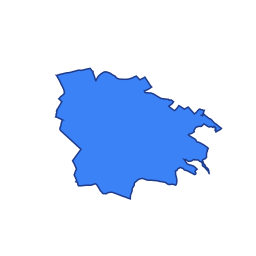 Coseiu, Salaj, Romania (Robinson projection), rotated 233°
{"feature_id": "2599482B83775863976208", "entity_name": "Coseiu", "entity_type": "district", "adm_level": 2, "iso_a3": "ROU", "parent_name": "Romania", "parent_adm1": "Salaj", "projection": "robinson", "projection_center": [23.002, 47.332], "detail": "fine", "context": "isolated", "style": "filled", "palette": "blue", "viewbox_px": 256, "rotation_deg": 233, "n_neighbors": 0, "source": "geoboundaries", "source_scale": "gbopen_adm2", "svg_char_len": 5669}
<svg xmlns="http://www.w3.org/2000/svg" viewBox="0 0 256 256"><g transform="rotate(233 128 128)"><path d="M198.4,133.7L198.6,133.2L199.1,132.2L200.3,129.6L201.4,126.8L202.2,125.4L202.5,125.0L204.1,123.2L204.4,122.1L205.2,120.3L205.9,118.4L206.3,117.7L206.5,116.9L207.7,114.2L208.9,112.4L211.9,105.6L212.9,102.6L213.0,102.5L211.8,102.5L211.0,102.3L207.4,101.9L206.9,101.7L205.6,101.6L203.6,101.0L201.2,100.7L197.6,99.9L196.9,99.7L194.5,98.5L193.9,97.7L193.8,97.3L193.5,95.3L193.6,93.4L193.5,92.6L193.1,91.8L193.0,90.9L193.0,90.3L189.4,90.9L188.8,91.0L188.7,90.3L187.7,88.5L186.7,85.9L186.2,84.5L185.3,83.0L185.5,82.8L185.0,82.2L185.1,81.9L184.4,81.5L184.4,81.3L184.5,81.1L184.3,80.9L183.0,80.2L182.5,79.4L182.4,78.9L181.8,78.7L181.5,78.4L180.5,77.3L180.5,77.2L180.4,76.9L179.7,77.6L179.0,77.9L173.8,80.6L173.9,80.4L173.8,80.1L172.2,77.8L170.4,76.0L169.9,75.1L169.6,74.9L169.5,74.4L168.3,73.0L166.6,72.6L149.0,75.9L139.6,77.6L139.3,77.6L135.2,64.0L132.2,63.6L126.2,62.2L125.1,60.0L123.4,57.6L123.2,57.1L123.1,56.9L122.9,56.8L117.1,55.5L116.9,55.2L116.5,54.0L115.2,54.9L114.5,54.7L113.4,54.1L111.7,53.6L109.8,56.2L107.5,60.1L106.9,61.0L106.6,61.2L104.4,64.4L103.3,67.9L102.8,68.6L102.4,68.7L101.5,68.9L98.6,68.7L94.6,68.2L92.4,68.5L91.2,68.4L90.8,68.6L90.2,69.0L90.0,69.4L88.7,70.9L88.5,71.4L88.6,72.8L86.7,76.2L86.3,76.6L83.2,78.7L75.6,83.4L75.2,83.9L72.0,85.8L70.0,87.2L72.1,88.9L73.1,89.9L74.5,92.2L74.7,92.7L77.0,94.9L77.4,95.6L78.1,97.3L78.5,98.5L79.4,99.1L80.0,99.8L80.4,100.7L80.4,101.2L80.4,101.8L80.5,102.5L80.6,104.1L80.6,105.0L80.2,106.9L79.8,108.0L78.6,109.5L77.6,110.3L76.6,110.8L75.0,111.9L73.1,114.0L72.7,114.7L71.9,115.6L70.9,116.6L69.3,118.5L68.8,118.9L68.7,119.3L65.8,121.5L65.0,122.5L64.2,123.2L63.7,123.5L63.0,124.3L61.9,125.1L61.1,125.5L60.7,125.4L59.8,125.8L59.5,125.8L59.1,126.2L58.2,126.7L57.7,127.3L56.9,128.9L56.5,129.4L55.4,130.5L54.2,131.3L53.7,131.6L53.7,132.1L54.5,133.4L56.5,135.4L59.3,136.9L61.9,137.9L65.1,140.0L65.0,140.6L64.6,141.3L64.6,141.5L65.1,142.4L65.5,143.5L65.1,144.9L65.1,145.3L65.2,145.9L64.6,146.3L63.8,146.7L62.7,147.6L61.6,147.7L60.9,147.7L60.5,147.8L59.7,148.4L59.2,148.9L58.1,149.5L57.7,149.7L57.5,149.9L57.5,150.0L57.3,150.1L57.1,150.1L56.1,150.7L55.7,150.7L55.5,150.9L55.1,151.0L54.8,151.3L54.2,151.5L53.5,151.9L53.3,151.9L51.3,152.9L51.0,152.9L50.7,153.2L50.5,153.8L50.4,154.1L50.8,154.7L51.1,155.1L52.3,155.2L52.7,155.3L53.0,155.6L53.2,155.8L53.5,157.3L53.5,158.4L54.4,158.2L55.8,158.1L58.0,157.5L59.8,156.4L61.2,155.2L63.3,153.8L64.0,153.6L65.0,153.8L65.8,153.7L67.4,153.9L68.9,153.9L68.4,154.2L68.3,155.0L68.2,155.1L65.0,156.2L64.5,156.9L63.5,158.8L63.4,159.8L63.3,161.5L63.2,161.7L62.3,162.1L62.2,162.5L61.6,163.1L60.4,164.7L57.5,165.5L56.9,166.2L56.4,166.3L55.5,166.1L55.2,166.0L54.2,165.8L53.7,165.2L53.1,164.9L52.6,164.9L51.9,165.0L51.1,165.4L49.8,165.6L46.7,165.8L45.7,166.0L45.2,166.0L43.2,165.4L43.0,165.5L44.9,166.5L45.4,166.9L46.6,167.2L47.5,167.3L48.7,167.1L50.0,166.6L50.3,166.6L51.0,167.0L51.8,167.1L52.4,167.0L52.8,167.1L53.3,167.1L53.5,167.0L53.5,166.8L53.9,166.7L55.0,167.3L55.4,167.2L55.7,167.5L55.9,167.4L56.0,167.5L56.5,167.5L56.9,167.6L57.4,168.6L57.6,168.7L57.6,168.9L57.6,169.2L57.4,170.3L57.0,170.7L57.0,170.8L57.2,171.1L57.1,171.3L57.3,171.9L57.2,172.0L57.3,172.5L57.3,172.8L57.4,173.1L58.1,173.7L58.8,174.1L59.6,174.7L60.0,175.3L60.8,175.7L61.3,176.5L61.6,177.3L62.0,177.8L62.9,178.2L63.2,179.7L64.3,179.8L69.3,178.2L74.0,176.0L75.1,174.9L75.4,174.7L76.3,174.7L78.0,175.0L79.2,174.7L80.1,174.3L85.9,172.0L86.3,172.2L86.2,173.5L85.4,175.3L85.1,178.7L85.2,178.8L86.6,179.2L87.1,181.1L87.7,182.6L87.4,183.3L87.5,183.5L87.3,184.0L87.3,184.4L86.9,184.7L86.6,185.5L86.1,186.5L85.5,186.9L85.2,187.5L85.1,187.9L85.1,188.2L85.3,188.5L85.3,189.3L85.5,190.5L85.5,191.0L85.4,191.2L85.1,191.4L83.4,191.9L81.9,192.5L80.6,193.0L79.9,193.5L79.7,193.7L79.6,194.0L79.4,194.8L78.8,195.7L77.8,195.8L77.3,196.2L77.4,196.4L77.5,197.0L77.5,197.4L77.3,197.8L76.7,197.8L76.5,198.0L76.3,198.0L75.9,197.8L76.0,198.0L75.7,198.2L75.4,198.2L74.8,197.8L74.7,197.6L74.2,197.4L73.9,197.1L73.7,197.0L73.6,196.6L73.8,196.2L73.6,196.1L73.4,196.3L73.1,196.4L72.7,196.3L72.1,195.8L71.9,195.8L71.8,197.6L71.5,198.7L71.3,200.8L71.3,201.4L71.5,202.4L75.1,201.4L77.6,200.9L79.3,200.2L81.6,199.8L83.7,199.7L84.6,199.5L85.5,199.3L87.1,198.3L89.6,197.8L90.3,197.5L93.2,196.9L93.2,196.6L93.3,196.5L93.0,194.7L94.0,194.3L93.9,194.8L93.9,195.4L94.1,196.3L94.3,196.8L96.2,199.5L96.4,199.1L96.8,198.7L97.4,198.5L97.6,198.3L98.0,198.1L98.2,197.9L98.4,197.5L98.7,197.3L99.3,197.1L99.7,196.9L100.0,196.5L100.1,196.1L100.0,194.9L99.8,193.8L99.4,192.2L99.3,189.5L108.5,188.7L108.9,186.3L109.1,184.4L113.9,182.7L115.3,182.1L114.2,178.7L113.9,176.5L114.0,175.5L119.0,174.0L120.9,173.6L120.8,177.4L120.9,178.2L121.6,180.2L122.5,179.9L123.0,179.8L124.4,179.4L124.6,179.2L125.2,177.8L125.6,177.6L126.1,177.8L126.5,177.6L126.8,177.3L127.2,176.7L128.9,175.1L129.4,174.4L130.3,173.7L130.5,173.4L131.7,172.2L137.1,169.9L137.6,169.8L139.7,168.9L141.7,167.7L142.7,166.8L143.0,166.0L143.4,165.8L146.0,163.0L147.7,163.3L146.9,166.6L146.6,168.6L146.5,171.6L148.2,171.4L158.5,172.1L158.6,170.5L159.4,166.4L164.4,165.9L164.7,165.1L165.1,163.5L165.3,161.9L166.5,158.4L167.1,157.2L168.5,155.1L169.6,153.7L170.3,153.0L171.1,151.9L172.1,150.7L172.6,150.3L174.7,149.0L177.1,148.9L178.5,148.2L179.5,147.8L180.3,147.4L181.8,147.0L182.6,146.7L185.1,145.0L185.4,144.9L186.7,143.4L186.9,143.0L187.2,142.1L187.4,140.4L187.5,138.8L187.3,136.0L187.0,134.9L185.6,131.7L185.1,130.8L185.2,130.7L190.1,132.4L191.9,132.9L192.8,133.3L193.5,133.4L194.2,134.1L194.6,134.1L195.3,133.7L195.6,133.6L198.2,133.7L198.4,133.7Z" fill="#3b82f6" stroke="#1e3a8a" stroke-width="1.5"/></g></svg>